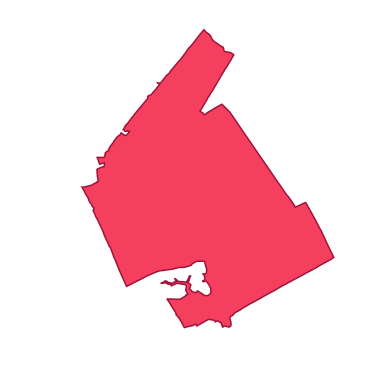 Schitu, Olt, Romania, rotated 331°
{"feature_id": "2599482B63035340455431", "entity_name": "Schitu", "entity_type": "district", "adm_level": 2, "iso_a3": "ROU", "parent_name": "Romania", "parent_adm1": "Olt", "projection": "albers", "projection_center": [24.557, 44.358], "detail": "fine", "context": "isolated", "style": "filled", "palette": "rose", "viewbox_px": 384, "rotation_deg": 331, "n_neighbors": 0, "source": "geoboundaries", "source_scale": "gbopen_adm2", "svg_char_len": 5962}
<svg xmlns="http://www.w3.org/2000/svg" viewBox="0 0 384 384"><g transform="rotate(331 192 192)"><path d="M286.3,256.3L283.3,255.9L279.2,255.7L275.0,255.3L275.0,252.9L274.5,247.0L274.2,244.3L273.9,242.3L273.4,240.5L272.3,228.6L271.9,225.9L270.4,209.5L268.7,192.2L267.2,176.3L265.9,162.9L264.0,142.1L263.8,140.6L263.5,139.3L260.7,129.7L255.0,129.7L245.8,130.0L243.6,130.1L240.6,130.5L240.3,130.6L239.8,129.4L239.9,128.7L239.8,128.2L239.4,127.7L238.2,125.1L240.2,124.2L243.3,122.2L246.7,120.4L247.2,119.9L249.5,118.8L250.0,118.3L251.6,117.2L253.4,116.4L255.6,115.1L256.0,114.8L257.4,114.1L258.1,113.6L259.4,113.2L260.5,112.5L261.1,111.9L262.1,111.6L263.2,110.8L265.3,109.6L272.8,105.1L279.3,101.4L279.8,100.8L280.6,100.6L281.9,99.9L282.3,99.6L282.9,99.4L290.2,95.3L295.0,92.3L294.7,91.3L294.3,90.6L293.8,89.6L293.1,88.7L291.9,87.4L289.2,85.6L288.5,84.7L288.5,84.3L288.6,83.5L289.1,82.3L289.3,81.2L289.4,80.5L289.2,80.2L287.2,76.9L286.2,74.5L285.2,72.8L284.2,70.7L283.7,68.7L283.7,67.1L283.9,65.1L283.5,62.4L281.8,59.1L281.4,57.1L281.2,55.9L280.5,56.1L274.7,58.3L263.9,63.0L263.5,63.1L260.4,64.2L259.0,64.5L255.1,66.4L254.2,67.0L251.0,68.3L249.7,69.0L248.2,69.5L246.9,70.2L243.6,71.3L235.6,74.4L231.4,76.1L231.1,76.4L228.6,77.4L227.9,77.5L227.2,77.4L222.0,79.4L220.6,80.1L217.0,81.5L214.9,79.8L214.9,80.4L215.7,82.2L215.5,82.4L211.6,83.9L210.1,84.6L204.1,86.8L203.0,87.1L202.5,87.1L201.5,86.8L200.8,86.8L200.1,86.8L199.4,87.0L199.3,87.3L199.3,88.2L199.1,88.5L178.7,96.4L176.9,97.5L176.1,97.5L175.6,97.7L167.0,101.6L166.7,101.3L162.1,104.1L162.7,104.4L162.8,104.7L162.8,105.0L162.6,105.4L162.5,105.8L162.7,106.2L163.5,106.9L164.9,107.1L165.1,107.3L165.3,107.9L165.5,108.2L166.6,108.5L164.6,109.8L161.4,110.6L160.0,108.6L158.7,105.9L157.6,106.7L156.5,107.1L154.3,107.3L152.6,107.8L148.5,109.6L147.4,110.4L145.2,111.3L141.9,112.9L141.6,113.0L140.2,114.2L139.2,114.8L139.1,115.0L139.1,115.4L139.1,115.5L137.7,115.3L136.4,115.4L135.4,115.7L135.2,115.8L134.8,116.4L134.3,116.6L134.2,116.9L134.4,117.3L131.6,119.2L127.9,116.8L125.8,115.8L124.7,123.0L129.6,123.9L129.7,124.1L127.5,127.1L127.0,126.9L125.3,126.6L123.1,126.3L120.9,126.1L120.0,126.2L119.7,126.3L119.0,127.8L116.6,133.0L116.4,134.0L115.7,136.2L115.5,137.0L114.2,136.9L113.8,137.1L113.7,137.7L112.7,137.4L111.0,137.2L107.9,137.4L103.6,136.4L98.5,134.8L98.2,134.5L98.2,138.9L98.0,142.1L98.2,145.2L98.2,146.9L98.1,148.1L97.8,149.1L97.7,150.3L97.6,151.3L97.7,152.2L98.1,153.9L98.1,154.3L97.9,155.2L97.9,156.5L98.1,157.4L98.5,158.1L98.5,158.3L98.4,158.7L98.1,159.0L97.2,159.6L96.9,159.9L96.5,160.5L96.4,161.0L96.3,163.2L96.3,164.6L95.9,167.0L95.9,169.2L96.0,170.0L96.0,170.8L95.8,173.4L95.6,174.7L95.5,175.3L95.6,176.1L95.5,177.6L95.3,179.6L95.1,182.6L94.9,183.2L94.7,185.6L94.5,186.1L94.4,187.2L94.2,187.9L93.6,197.7L93.3,199.0L93.3,199.9L93.5,200.2L93.8,200.4L93.6,201.2L93.3,203.6L92.4,209.4L92.0,211.2L92.1,212.7L90.4,225.9L89.0,242.9L101.1,243.3L104.9,243.5L112.2,243.6L122.0,244.6L123.2,244.9L125.1,245.1L130.5,247.4L131.5,247.6L137.3,250.0L144.6,251.8L147.2,253.5L149.5,254.4L152.2,255.0L155.6,255.6L156.1,255.6L157.3,254.9L160.6,254.8L162.1,254.9L163.9,255.6L168.9,258.3L169.2,258.6L169.2,258.9L169.1,259.8L168.7,260.9L167.5,266.2L167.0,267.5L165.8,269.0L164.6,270.2L164.3,270.2L163.3,269.8L162.4,269.3L162.0,268.8L161.9,268.8L162.1,270.1L162.1,271.1L161.9,272.2L161.9,272.3L161.7,273.1L161.3,274.1L160.0,275.0L158.3,274.9L158.1,275.1L158.2,275.7L158.4,276.0L160.8,276.7L161.2,277.2L161.4,278.0L161.7,280.5L161.8,283.4L161.7,284.9L161.6,285.4L161.5,285.8L160.9,286.7L160.4,287.2L160.3,288.4L160.1,288.9L159.3,289.4L158.4,289.8L156.8,290.2L155.2,290.1L154.6,289.8L152.9,288.5L152.3,287.7L151.8,286.6L151.3,285.3L150.8,284.7L148.9,281.2L148.7,281.1L147.2,282.1L145.7,281.2L144.3,279.7L143.8,279.4L143.6,277.4L143.1,276.1L143.0,275.6L143.2,275.2L143.8,274.6L145.7,273.0L146.0,272.6L146.0,272.4L145.3,270.6L144.6,269.2L146.4,268.1L147.6,266.7L148.6,265.8L150.1,264.8L150.1,264.7L149.9,264.5L149.3,264.3L148.6,264.5L147.6,265.4L145.4,267.0L143.6,267.8L142.8,267.9L142.3,267.7L141.6,266.7L140.1,265.9L135.7,262.8L135.7,262.5L136.3,262.1L136.3,261.9L135.8,261.1L135.3,259.7L135.0,259.5L134.9,259.5L135.0,261.3L135.0,261.7L134.3,262.4L133.4,262.1L131.9,262.3L131.2,262.3L130.4,262.1L129.3,261.6L128.8,260.6L127.5,259.7L126.7,257.8L125.7,257.6L125.6,257.4L125.6,256.8L124.9,256.7L124.8,257.2L124.7,257.4L122.2,256.8L120.9,256.7L120.9,257.1L121.2,257.3L122.2,257.7L123.6,257.9L124.3,258.2L124.9,259.0L125.8,259.7L126.0,260.0L126.1,260.5L126.2,260.8L127.4,261.6L128.9,263.1L128.8,263.3L128.5,263.6L128.4,263.8L128.4,264.0L128.6,264.2L129.1,264.2L129.6,263.9L131.6,264.4L133.3,264.3L134.0,264.4L134.3,264.5L135.0,264.9L140.3,269.0L141.6,270.1L141.7,270.6L141.5,271.8L139.6,273.9L139.1,274.7L138.8,275.3L138.7,276.8L138.9,277.8L139.0,279.3L138.2,279.2L136.9,279.2L136.7,279.2L136.6,279.7L132.1,280.0L131.1,280.0L129.0,279.8L118.5,273.5L118.3,273.8L118.6,276.8L118.8,280.9L118.8,282.8L119.2,289.0L119.1,290.2L119.1,290.6L118.8,291.4L118.5,291.9L119.2,293.3L119.1,294.5L119.5,295.2L119.7,300.5L119.6,306.9L121.9,307.4L127.5,309.1L129.9,309.3L131.2,309.3L131.3,311.5L135.4,311.5L143.4,311.4L144.7,311.4L145.0,311.6L149.2,314.9L149.2,315.2L149.3,315.3L149.4,316.9L149.6,317.0L149.9,317.1L150.3,317.0L151.8,317.0L152.0,317.1L152.3,317.5L153.0,319.0L153.2,319.6L153.3,319.8L154.0,320.4L154.1,320.6L154.0,321.0L153.2,324.7L153.3,325.0L153.5,325.1L153.8,325.0L154.0,325.0L154.5,324.7L154.7,324.8L155.1,324.6L158.6,327.9L158.9,328.1L160.5,328.1L161.6,327.3L161.9,326.8L162.8,325.1L163.3,323.0L164.0,320.7L164.2,320.2L164.5,320.0L165.2,319.6L167.9,319.6L170.9,318.4L174.5,318.5L178.4,318.4L178.5,318.2L187.8,318.0L192.6,318.1L203.5,318.0L207.5,318.0L212.1,318.0L216.1,318.1L224.2,317.9L234.0,318.0L263.2,318.4L265.3,318.4L266.0,318.2L281.7,318.3L282.7,318.2L283.9,318.0L284.3,317.9L285.1,303.1L286.2,288.4L286.1,285.3L286.2,282.9L286.4,275.1L286.4,265.7L286.3,256.3Z" fill="#f43f5e" stroke="#9f1239" stroke-width="1.5"/></g></svg>